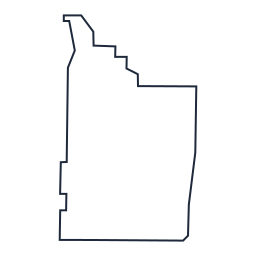 Webster, Georgia, United States of America
{"feature_id": "52423323B7808081062889", "entity_name": "Webster", "entity_type": "district", "adm_level": 2, "iso_a3": "USA", "parent_name": "United States of America", "parent_adm1": "Georgia", "projection": "albers", "projection_center": [-84.576, 32.076], "detail": "fine", "context": "isolated", "style": "outline", "palette": "slate", "viewbox_px": 256, "rotation_deg": 0, "n_neighbors": 0, "source": "geoboundaries", "source_scale": "gbopen_adm2", "svg_char_len": 443}
<svg xmlns="http://www.w3.org/2000/svg" viewBox="0 0 256 256"><path d="M93.8,240.0L183.1,240.6L188.0,235.7L188.8,206.0L188.8,204.9L195.3,152.5L196.3,86.4L138.0,86.1L137.8,74.2L126.5,68.5L126.7,56.9L115.2,56.9L115.4,46.4L93.6,45.6L93.3,31.7L81.2,15.4L63.8,15.4L63.8,21.0L69.2,21.0L74.8,50.5L67.9,67.7L66.7,162.0L60.8,162.2L60.1,193.9L66.4,193.9L66.1,210.3L60.2,210.3L59.7,239.9L93.8,240.0Z" fill="none" stroke="#1e293b" stroke-width="2"/></svg>